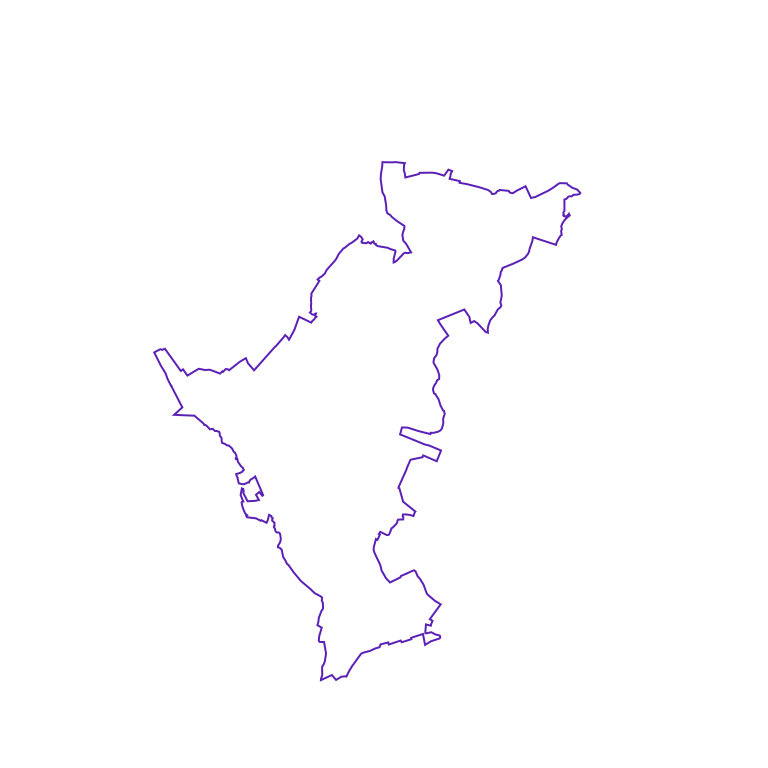 the district of Ungheni, Mures, Romania, rotated 218°
{"feature_id": "2599482B6625151408486", "entity_name": "Ungheni", "entity_type": "district", "adm_level": 2, "iso_a3": "ROU", "parent_name": "Romania", "parent_adm1": "Mures", "projection": "mercator", "projection_center": [24.431, 46.458], "detail": "fine", "context": "isolated", "style": "outline", "palette": "violet", "viewbox_px": 768, "rotation_deg": 218, "n_neighbors": 0, "source": "geoboundaries", "source_scale": "gbopen_adm2", "svg_char_len": 6166}
<svg xmlns="http://www.w3.org/2000/svg" viewBox="0 0 768 768"><g transform="rotate(218 384 384)"><path d="M394.2,627.0L398.4,618.1L400.0,613.6L402.9,612.3L404.6,613.0L412.3,608.1L412.4,607.0L413.2,606.3L413.6,604.1L413.3,603.5L414.0,601.9L415.8,600.2L417.8,601.1L421.3,601.0L430.6,597.5L441.6,592.6L448.3,589.1L449.0,590.6L458.6,586.1L460.0,589.5L460.9,590.6L461.3,593.7L465.2,592.6L464.9,585.2L472.3,582.4L476.0,580.3L486.0,572.3L485.7,571.0L494.3,559.9L497.9,563.3L499.9,564.5L503.1,569.1L503.5,570.9L511.9,565.7L513.5,564.1L521.8,557.8L519.5,554.6L515.5,547.3L512.7,543.3L503.1,534.0L499.0,532.3L492.4,526.2L488.8,522.1L486.3,520.6L483.1,521.0L480.7,520.5L474.0,520.4L465.2,521.1L463.5,518.7L462.5,515.4L461.0,512.4L456.8,508.7L453.1,508.2L443.7,504.4L445.9,501.7L448.0,500.6L448.7,499.4L449.1,497.9L449.1,496.4L449.8,489.5L450.4,487.2L451.2,485.7L453.5,488.7L456.5,495.5L457.4,496.1L462.2,494.2L465.0,493.6L473.8,488.8L476.4,488.6L476.8,489.4L477.7,488.8L479.4,489.0L479.6,489.7L480.2,489.9L480.4,488.9L481.2,487.5L480.8,487.0L480.9,486.4L484.0,486.0L484.2,484.9L485.1,483.6L486.7,482.9L487.9,481.8L489.3,482.1L489.9,484.9L492.9,485.9L495.1,485.8L494.6,482.0L496.5,475.1L497.5,473.1L498.5,468.2L499.5,465.5L499.7,458.6L498.7,453.4L498.6,450.7L499.4,438.6L498.6,434.5L499.3,430.4L500.4,427.8L500.6,425.4L498.4,425.5L496.9,410.5L495.2,408.6L494.7,407.1L490.6,402.2L489.8,400.7L486.5,397.1L486.3,396.3L486.4,394.7L483.6,394.6L482.5,395.0L481.8,395.8L481.3,397.5L481.0,397.7L480.5,395.4L478.6,395.4L479.0,393.6L478.8,391.8L479.3,389.7L479.1,387.6L492.3,384.7L487.9,371.3L486.1,360.4L488.9,361.4L492.0,361.7L491.9,358.3L492.5,347.0L492.8,346.5L494.8,314.8L503.9,316.6L508.8,319.3L511.3,312.8L514.6,299.4L516.0,299.5L517.9,298.4L518.3,294.6L519.1,294.6L519.6,291.3L529.5,288.2L531.0,287.3L533.2,285.1L539.4,281.9L544.1,269.6L551.4,271.8L552.2,269.2L578.4,276.9L579.7,274.4L581.7,273.7L584.5,267.4L571.4,261.2L562.6,257.9L557.8,254.8L550.8,251.5L550.5,251.8L549.8,251.2L528.5,241.4L530.4,230.5L513.9,242.3L501.5,241.7L500.6,241.1L499.3,241.8L497.1,241.8L493.4,241.1L491.2,243.2L488.3,242.9L486.9,244.0L484.4,244.8L483.2,244.1L481.7,242.3L478.7,241.4L477.0,239.3L475.3,237.9L472.4,238.9L470.1,239.0L468.0,240.0L463.7,239.6L462.3,238.7L460.1,238.0L459.3,238.2L456.4,236.8L455.1,235.7L455.2,234.3L454.4,233.7L453.4,234.6L451.3,232.8L445.8,231.1L443.9,231.1L441.6,230.0L441.8,229.2L441.7,227.5L442.9,225.0L445.0,222.0L443.3,220.7L441.8,220.3L441.5,219.6L437.2,216.3L433.1,218.4L431.8,220.2L430.5,222.9L429.7,223.3L430.3,225.2L430.2,226.8L428.9,229.9L428.6,231.8L410.8,222.0L411.1,221.0L415.8,222.1L416.7,217.9L411.2,215.6L413.3,212.9L419.3,207.6L427.4,211.3L428.2,212.1L428.4,212.9L430.4,214.7L431.7,214.2L428.6,208.2L422.5,204.7L423.3,203.8L423.4,203.1L420.6,200.6L416.7,198.1L413.5,196.5L411.0,196.3L411.3,195.2L409.8,194.7L402.2,199.3L397.0,200.3L396.8,201.2L391.1,202.3L391.7,204.9L394.0,210.2L391.4,210.6L390.3,209.6L389.0,209.7L388.5,208.1L388.0,207.5L384.7,207.2L383.5,205.1L382.9,204.9L382.8,203.5L380.8,202.8L378.7,201.1L377.4,201.0L376.5,201.3L375.7,202.1L374.5,202.3L372.8,201.2L370.3,198.8L369.2,197.2L368.3,194.6L368.0,191.5L367.2,190.1L364.8,190.7L362.6,190.4L356.8,185.5L353.2,184.3L349.6,182.5L348.0,182.6L338.9,179.9L328.2,177.6L315.4,177.1L309.9,176.5L302.9,177.7L301.2,177.5L299.6,174.9L297.6,174.0L294.2,170.1L293.6,168.7L293.6,166.8L291.5,159.8L289.3,156.2L287.9,152.9L283.1,153.7L279.7,145.2L277.4,141.7L275.9,141.1L272.4,143.8L263.7,135.9L259.9,129.1L258.8,125.6L258.9,124.4L258.5,122.8L253.6,116.8L252.0,112.7L251.4,111.8L245.9,122.6L239.6,121.3L237.4,127.1L234.6,129.8L233.5,130.3L234.8,136.5L235.4,141.7L236.0,157.4L235.0,159.4L230.5,165.4L228.3,169.9L225.5,173.8L226.4,176.7L221.5,183.0L219.9,181.6L212.9,192.1L211.0,191.4L205.3,199.8L206.3,200.8L199.4,211.0L191.0,203.7L188.7,210.0L183.5,217.8L183.7,219.0L184.7,219.9L185.4,220.0L189.3,218.3L193.9,217.5L197.1,213.7L197.9,213.1L198.6,213.8L202.9,220.4L198.3,222.4L198.9,223.4L200.0,227.3L203.1,226.9L203.7,245.3L210.4,244.5L220.1,244.9L222.1,245.7L229.4,250.3L236.6,252.9L238.9,253.1L243.8,255.8L245.7,255.7L252.5,243.0L252.0,241.8L257.1,231.3L262.9,232.2L271.2,235.6L274.7,238.5L277.1,239.9L286.8,244.7L289.7,246.6L291.3,248.5L294.9,256.9L293.3,257.0L293.3,257.7L294.5,262.7L295.7,262.6L295.9,265.2L288.7,266.7L287.7,267.7L287.4,268.5L287.5,269.4L289.2,275.0L288.7,276.5L288.2,281.2L288.3,282.9L289.1,284.3L289.4,285.8L285.5,289.1L286.6,290.8L288.0,291.3L288.7,292.9L286.0,295.0L282.9,296.8L279.5,298.1L280.9,302.2L280.8,302.8L296.4,303.0L307.7,311.3L308.4,310.9L309.0,311.6L313.4,329.5L314.7,333.5L316.5,340.6L308.6,350.0L309.1,351.9L294.9,355.6L298.1,366.7L310.6,363.3L314.5,361.5L340.3,354.2L343.1,360.8L338.5,364.2L328.2,368.0L316.6,373.1L317.2,374.3L314.8,376.1L312.2,379.4L311.3,381.2L310.9,382.9L311.0,384.7L313.0,389.4L316.0,393.0L317.7,397.7L318.1,398.1L320.1,399.7L321.1,399.5L326.0,401.7L331.5,405.5L337.4,407.7L338.7,407.3L341.7,409.5L342.7,411.0L343.5,413.7L343.6,416.6L344.4,419.8L343.6,421.8L345.9,425.0L350.8,428.3L358.0,431.2L358.9,432.4L360.4,435.2L360.4,439.0L361.0,440.5L362.1,442.7L363.6,444.6L364.7,450.4L364.0,457.6L363.1,461.6L376.8,465.9L380.8,467.5L366.6,492.1L358.2,489.5L353.3,485.5L351.7,489.1L347.7,489.4L335.9,487.6L333.7,488.4L336.1,491.1L337.9,494.7L339.5,499.7L339.5,503.6L339.1,505.9L340.1,512.0L340.1,513.6L339.5,515.9L339.7,517.9L342.6,520.0L344.4,523.9L346.0,526.6L352.8,533.8L357.7,535.4L357.7,536.6L359.3,541.4L360.9,544.1L361.2,546.8L362.0,547.9L361.6,549.2L355.9,559.0L351.8,567.1L350.7,570.5L350.6,575.0L351.1,577.3L352.6,580.5L355.1,588.0L357.0,591.3L334.1,599.6L335.1,601.7L335.9,606.3L336.2,609.8L335.8,610.9L338.6,613.6L339.2,615.6L341.4,617.3L342.2,620.0L342.6,623.5L342.4,626.6L341.6,630.9L341.0,631.9L341.9,631.2L343.0,631.9L342.8,630.3L343.2,630.3L343.3,628.7L344.4,627.4L345.8,627.8L346.1,627.1L346.6,627.3L347.1,628.6L348.3,629.6L348.6,631.8L355.4,640.4L354.3,642.1L354.1,645.1L353.1,646.4L351.6,647.4L351.1,649.9L348.6,651.9L346.9,654.0L346.9,655.4L351.4,656.2L356.4,654.6L362.2,654.2L363.5,654.7L369.1,650.5L369.7,649.4L371.7,642.5L373.3,638.0L379.9,624.5L382.7,621.1L394.2,627.0Z" fill="none" stroke="#5b21b6" stroke-width="2"/></g></svg>